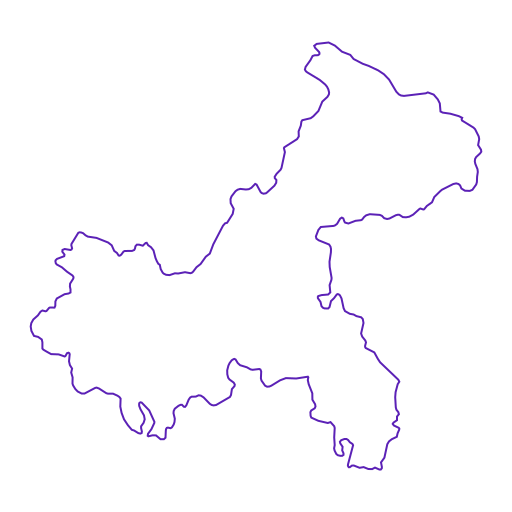 outline of Chongqing
{"feature_id": "CHN-1154", "entity_name": "Chongqing", "entity_type": "Municipality", "adm_level": 1, "iso_a3": "CHN", "parent_name": "China", "parent_adm1": "", "projection": "mercator", "projection_center": [107.845, 30.195], "detail": "fine", "context": "isolated", "style": "outline", "palette": "violet", "viewbox_px": 512, "rotation_deg": 0, "n_neighbors": 0, "source": "natural_earth", "source_scale": "10m", "svg_char_len": 6010}
<svg xmlns="http://www.w3.org/2000/svg" viewBox="0 0 512 512"><path d="M263.5,193.7L265.9,193.3L267.0,192.5L274.4,185.7L276.2,182.8L276.4,180.0L274.8,178.1L274.7,176.7L276.6,173.8L280.6,169.7L281.5,167.9L284.9,152.1L283.9,148.1L284.3,147.3L297.1,139.1L298.8,136.4L298.6,131.3L300.8,125.7L301.4,121.6L302.3,120.2L310.7,118.2L313.3,116.3L318.4,111.0L322.3,101.6L327.4,96.9L328.9,94.4L329.1,92.4L328.3,89.3L327.0,86.7L325.2,84.5L319.8,80.0L307.3,72.4L305.9,71.3L304.9,69.6L305.6,66.9L310.4,60.2L312.6,56.0L314.6,55.3L317.9,55.2L319.3,54.3L319.5,53.1L319.1,52.0L315.1,47.8L314.2,45.8L316.7,43.9L328.6,42.5L334.9,45.6L342.0,51.7L350.3,54.9L353.6,59.0L362.8,63.8L368.7,65.9L378.2,70.4L383.9,74.2L389.1,79.6L396.3,91.7L398.9,94.4L401.0,95.5L404.0,95.9L425.8,93.3L427.8,92.4L433.7,94.6L437.8,99.4L439.8,103.4L440.5,111.5L442.7,112.6L450.3,113.7L458.7,116.1L462.2,117.8L461.6,119.1L462.0,120.5L473.5,127.6L475.1,129.2L478.7,136.4L479.2,139.1L478.1,145.1L481.0,149.7L481.3,151.7L480.1,153.4L476.2,157.0L475.1,158.9L474.8,161.4L475.3,163.8L477.5,169.2L477.8,172.0L477.1,176.7L476.9,182.1L476.2,184.5L472.4,189.8L469.8,190.9L464.9,190.7L461.4,188.5L460.1,185.4L458.5,184.0L456.2,183.4L453.3,184.0L442.0,189.7L440.3,191.1L434.3,197.0L432.0,202.3L426.9,205.9L424.1,209.3L423.3,209.5L420.3,208.5L419.4,209.0L413.2,214.6L409.3,216.7L406.0,217.3L402.8,217.1L399.4,214.8L398.0,214.7L395.9,215.2L389.5,218.5L387.1,219.0L384.2,218.2L381.9,215.8L379.8,214.9L369.8,214.2L366.2,215.3L364.1,217.0L362.1,219.6L360.9,220.2L355.5,220.8L348.4,223.5L345.1,222.6L344.4,221.6L343.3,218.4L341.8,217.6L340.1,218.7L337.1,223.8L335.2,225.3L333.7,225.9L320.8,227.0L318.4,229.9L315.9,236.4L316.4,238.6L318.7,240.3L329.1,244.5L330.5,246.7L331.0,249.0L330.9,252.3L329.5,261.7L329.7,267.0L331.6,278.0L331.4,279.9L329.6,285.1L330.3,292.4L328.2,294.5L321.5,295.1L318.2,296.1L317.8,296.9L317.9,298.2L320.5,301.9L321.5,306.2L323.0,307.8L324.5,308.4L328.1,308.5L329.5,307.1L331.0,301.1L334.0,298.2L336.6,294.7L337.4,294.1L338.6,294.3L339.9,295.3L341.5,298.4L343.6,308.2L345.0,311.1L349.8,313.8L353.6,314.5L356.4,316.1L361.2,317.3L362.8,319.1L363.5,323.0L361.1,333.5L362.2,336.6L365.3,340.5L366.0,342.4L365.1,345.8L365.1,346.9L365.7,348.0L374.3,352.4L377.8,358.8L380.1,362.3L398.3,379.7L399.3,381.7L397.7,384.2L395.6,392.1L395.2,397.2L395.8,407.4L396.4,409.7L398.3,412.1L398.9,414.2L397.0,416.5L397.0,420.2L393.5,422.6L392.7,423.9L393.9,425.5L398.7,427.8L399.3,428.5L399.2,429.7L397.6,433.3L396.8,436.8L391.8,439.2L389.0,441.4L387.3,444.2L384.4,457.7L381.0,462.4L381.9,467.0L381.8,468.3L380.8,469.5L379.3,469.5L375.0,467.6L372.1,469.1L368.3,469.0L363.6,467.1L359.6,467.8L353.8,465.5L351.9,465.6L349.8,467.2L348.7,467.2L347.9,465.8L348.0,464.4L353.1,445.2L352.4,443.9L349.9,442.3L348.1,440.0L346.5,439.0L344.4,439.0L341.2,440.2L339.9,441.8L340.3,443.4L342.6,446.8L342.2,450.4L343.5,453.3L343.5,454.9L342.2,455.8L340.2,455.8L337.8,455.2L336.3,454.0L334.6,450.6L334.1,448.3L334.7,445.1L334.2,437.4L334.7,428.0L334.2,426.2L330.5,422.1L327.8,423.0L318.3,420.8L311.3,417.6L310.6,415.8L310.4,412.2L311.2,410.5L314.7,408.3L315.5,406.5L315.1,404.2L312.4,399.7L312.3,393.3L308.7,384.2L307.8,380.1L308.3,377.3L307.9,376.7L296.2,378.5L285.9,378.1L280.1,380.3L271.3,385.7L269.4,386.5L267.1,386.7L265.1,385.7L261.5,380.6L260.9,378.4L261.2,371.5L260.4,369.5L259.3,369.0L252.6,369.8L250.6,369.4L246.9,367.3L240.1,365.2L237.8,363.1L235.6,359.5L234.4,358.9L233.6,359.1L231.7,360.3L229.6,363.1L228.4,365.6L227.2,370.3L227.3,374.3L228.2,377.8L229.5,379.5L233.7,382.6L234.8,384.5L234.5,386.1L231.9,389.1L231.0,395.0L229.9,397.0L216.1,405.0L213.6,405.4L211.7,405.0L209.8,403.8L203.6,397.4L200.8,395.6L198.6,395.3L195.8,396.6L191.6,396.7L190.2,397.5L188.7,399.6L186.3,405.4L185.0,406.9L183.8,406.7L182.0,404.8L180.6,404.8L178.5,405.8L174.8,408.7L173.7,411.0L173.5,413.2L174.8,418.7L174.5,422.0L173.7,424.5L171.9,427.4L170.6,428.2L167.9,427.6L166.8,427.9L166.0,429.2L165.8,430.9L165.5,437.7L163.9,439.2L160.5,439.2L156.0,435.4L152.6,435.3L148.4,436.3L147.7,435.8L148.0,433.8L151.4,429.2L154.3,423.0L154.4,421.8L149.2,410.4L141.7,402.6L140.5,402.3L139.5,402.8L139.1,403.9L139.2,405.9L140.5,409.3L144.0,415.4L144.7,419.3L143.6,422.8L141.1,426.3L141.1,428.1L141.9,431.6L141.6,433.1L140.3,433.6L138.3,433.1L134.1,430.5L131.8,429.8L127.9,425.2L124.0,419.3L121.6,412.9L120.3,406.6L120.6,398.6L119.4,397.0L117.5,395.7L113.1,393.7L108.1,393.7L106.3,393.2L99.0,388.5L96.6,387.6L95.2,387.9L84.6,393.5L81.6,393.5L77.7,391.5L75.3,389.0L73.1,385.4L72.5,383.6L72.6,377.4L71.2,372.5L72.1,368.6L69.9,365.1L69.0,361.3L69.7,354.2L69.3,353.2L68.5,352.7L67.0,353.2L65.4,356.1L64.7,356.5L58.7,354.4L51.1,354.1L46.6,351.6L43.4,349.7L42.4,348.6L42.4,342.3L41.8,339.5L38.1,336.9L34.0,335.9L31.4,330.9L30.7,326.5L31.3,323.1L33.3,319.5L37.9,315.4L40.5,311.7L42.4,310.5L45.5,311.3L46.5,311.0L49.1,307.9L50.0,307.5L54.5,307.6L55.3,305.8L55.4,301.4L56.8,298.5L64.6,294.2L68.6,293.5L70.5,292.5L70.5,289.4L69.9,286.5L70.1,283.6L73.1,278.9L73.5,277.8L73.4,276.8L72.5,275.5L67.0,271.7L61.9,267.3L56.8,264.5L55.8,263.3L55.4,261.2L55.6,260.3L57.0,258.9L64.2,256.2L64.5,254.6L62.3,251.7L62.5,249.9L64.7,249.0L70.5,250.0L71.5,249.5L72.1,248.4L71.3,245.2L71.5,243.9L78.3,232.8L79.6,232.3L81.2,232.5L83.1,233.2L85.5,235.3L87.8,236.6L96.5,237.9L108.1,242.5L111.7,245.3L114.2,250.9L117.0,253.0L118.6,255.5L119.7,255.7L121.2,254.7L123.5,251.6L124.7,251.0L132.1,250.9L134.2,250.0L135.0,248.5L135.4,246.3L136.8,244.7L139.2,244.7L142.8,245.7L145.6,243.0L146.7,242.8L148.1,245.2L151.0,247.2L153.5,250.4L155.5,258.0L156.8,261.1L158.3,263.8L159.8,264.8L160.7,269.1L162.7,272.7L163.8,273.7L166.1,274.8L169.6,275.1L174.9,273.3L178.2,273.5L185.0,272.2L190.4,273.2L191.8,272.8L193.1,271.7L196.5,267.2L200.6,264.0L205.8,256.7L209.8,253.6L213.3,244.3L223.0,225.7L225.1,223.3L227.1,222.8L232.7,213.9L233.7,208.8L230.7,203.2L230.5,199.1L231.5,196.4L235.5,191.2L237.6,189.7L240.2,188.9L245.9,189.5L248.8,189.2L251.4,187.8L255.2,183.9L256.6,184.6L260.6,192.0L261.6,193.0L263.5,193.7Z" fill="none" stroke="#5b21b6" stroke-width="2"/></svg>